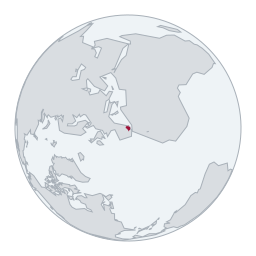 globe centered on Granada, rotated 252°
{"feature_id": "ESP-5821", "entity_name": "Granada", "entity_type": "Autonomous Community", "adm_level": 1, "iso_a3": "ESP", "parent_name": "Spain", "parent_adm1": "", "projection": "orthographic", "projection_center": [-3.141, 37.388], "detail": "fine", "context": "on_globe", "style": "filled", "palette": "rose", "viewbox_px": 256, "rotation_deg": 252, "n_neighbors": 0, "source": "natural_earth", "source_scale": "10m", "svg_char_len": 9759}
<svg xmlns="http://www.w3.org/2000/svg" viewBox="0 0 256 256"><g transform="rotate(252 128 128)"><circle cx="128" cy="128" r="113" fill="#eef3f6" stroke="#a8b0b8"/><path d="M34.7,191.1L30.4,183.4L28.1,178.8L23.9,170.1L18.4,151.6L18.5,147.9L17.9,144.1L20.0,140.8L20.3,132.5L19.8,130.0L18.8,131.2L18.0,121.3L18.9,114.0L22.8,88.2L24.6,83.7L26.8,79.3L39.0,59.4L28.6,75.1L31.3,70.3L35.5,63.8L35.7,63.7L41.8,55.7L45.8,51.2L54.6,43.0L64.0,37.4L61.2,39.6L63.8,38.2L67.5,35.6L69.2,34.3L83.1,28.3L95.8,22.9L97.9,21.2L98.9,21.8L101.7,19.1L107.4,17.4L102.1,19.3L102.4,19.6L106.8,18.4L108.2,18.5L111.1,18.0L112.2,18.4L109.1,19.8L109.7,20.1L112.8,19.2L116.0,19.2L111.3,20.4L116.3,20.6L111.9,23.6L98.5,27.6L97.2,30.5L86.3,38.3L88.4,38.2L85.6,41.5L87.0,42.7L84.6,44.1L87.8,43.9L89.7,42.5L91.7,42.0L92.7,42.7L89.8,44.5L88.9,44.4L88.6,45.3L86.7,45.9L88.2,46.0L84.6,48.2L89.6,47.1L87.9,49.8L85.1,51.0L83.6,49.4L73.2,49.2L69.9,50.4L66.8,53.4L64.8,61.9L61.9,64.1L59.3,68.0L61.7,67.4L64.6,64.1L68.5,64.1L71.5,60.4L73.6,60.0L77.5,57.0L78.8,59.1L78.0,62.9L74.9,65.6L74.4,67.4L79.0,66.4L74.7,73.2L74.5,81.1L73.1,82.9L67.7,83.1L63.6,78.9L56.6,80.3L63.1,81.2L59.6,86.1L59.9,87.7L61.2,88.7L63.3,87.7L62.5,89.9L55.8,89.4L56.4,87.5L58.5,87.5L56.6,85.7L52.0,86.0L50.6,88.7L45.2,87.0L44.1,89.0L42.3,90.0L44.4,86.8L40.6,92.6L33.9,93.3L28.6,103.6L31.7,93.1L31.5,89.6L30.8,86.7L29.8,88.3L30.2,82.9L28.3,82.4L24.2,88.6L21.5,96.0L21.5,101.0L23.0,99.1L23.8,101.9L20.0,108.3L20.9,115.6L18.9,121.6L18.8,126.8L20.0,128.9L21.1,133.5L23.0,131.8L25.6,133.1L24.5,138.6L26.8,135.5L27.6,140.0L33.4,146.2L32.7,147.0L37.4,158.7L44.3,166.9L45.9,172.1L44.9,173.8L47.7,176.3L47.8,177.9L60.6,187.2L68.4,194.2L69.1,199.3L64.2,202.4L64.0,211.6L56.4,209.9L57.2,212.8L56.1,214.3L51.2,210.3L55.5,214.2L55.3,214.1L47.8,207.1L40.9,199.4L34.7,191.1ZM26.9,106.5L28.1,117.8L25.9,114.7L26.6,114.5L26.6,110.9L26.1,106.0L24.5,103.6L26.9,106.5ZM30.8,104.1L30.5,102.6L31.1,103.7L30.8,104.1ZM69.8,33.7L67.4,35.6L63.6,38.1L65.5,36.4L69.8,33.7ZM77.2,29.7L76.4,30.5L73.6,31.5L74.9,30.7L77.2,29.7ZM99.1,20.2L96.9,21.0L98.6,20.2L99.1,20.2ZM111.2,17.9L111.5,17.7L112.9,17.6L111.2,17.9ZM76.5,56.1L76.9,56.5L76.0,56.8L76.5,56.1ZM77.7,54.4L76.2,54.4L76.6,53.7L77.5,53.7L77.7,54.4ZM116.0,18.1L118.2,18.1L115.4,18.3L116.0,18.1ZM79.4,54.6L77.4,52.3L78.1,51.0L82.1,50.0L79.4,54.6ZM119.1,18.3L124.5,18.6L125.4,18.0L125.8,20.0L121.1,18.9L117.5,19.2L119.4,18.7L119.1,18.3ZM89.9,41.8L87.9,43.3L88.6,41.4L89.9,41.8ZM89.9,40.7L89.3,36.1L92.8,34.3L92.3,36.1L96.0,33.5L98.0,34.9L96.4,36.6L93.8,37.5L96.5,37.4L89.9,40.7ZM125.1,21.1L126.0,21.5L124.5,21.4L125.1,21.1ZM92.6,41.7L92.2,40.8L95.2,39.2L96.6,40.7L95.2,40.7L92.6,41.7ZM96.1,32.3L98.5,31.4L100.8,32.3L102.1,32.1L98.4,34.8L96.1,32.3ZM95.0,41.4L97.2,41.5L96.7,42.9L93.2,42.5L95.0,41.4ZM95.4,38.2L96.9,37.6L96.5,38.4L95.4,38.2ZM96.2,48.4L95.6,47.2L97.1,46.2L96.2,48.4ZM98.1,41.4L98.2,40.9L98.8,40.4L100.1,40.8L98.1,41.4ZM100.2,35.3L100.7,35.9L101.9,34.2L103.6,34.9L100.8,36.7L102.8,36.2L103.3,36.4L100.4,37.6L100.2,35.3ZM103.0,39.8L100.1,42.5L100.8,44.8L99.5,45.7L98.5,41.8L103.0,39.8ZM101.8,38.4L102.2,39.4L100.3,39.9L98.9,39.5L101.8,38.4ZM105.8,34.8L103.9,33.3L104.5,33.0L105.8,34.8ZM103.6,40.3L104.3,39.7L103.9,40.4L103.6,40.3ZM105.6,36.4L104.8,35.8L105.6,35.5L105.6,36.4ZM106.4,38.9L105.4,39.7L104.4,39.5L106.4,38.9ZM106.3,37.7L107.6,37.3L104.6,38.9L105.8,37.5L106.3,37.7ZM106.4,36.1L106.7,35.8L106.7,36.4L106.4,36.1ZM110.9,39.7L107.3,41.7L105.0,41.0L108.8,39.1L110.9,39.7ZM196.8,38.8L196.0,38.2L200.5,41.9L197.9,39.9L202.7,44.0L203.8,44.8L200.8,42.0L205.2,46.0L210.9,51.7L216.2,57.9L221.0,64.4L225.3,71.2L229.1,78.3L232.4,85.7L235.2,93.3L234.0,90.2L235.4,94.9L234.1,91.6L231.5,88.4L232.8,95.1L235.6,111.0L238.0,120.1L238.1,126.6L233.4,118.5L229.7,111.1L229.0,114.1L223.3,111.2L216.3,119.4L214.5,117.9L213.4,120.7L209.2,121.1L206.1,118.4L204.0,120.5L212.2,127.5L214.4,125.3L214.9,119.3L216.9,122.4L220.8,122.8L219.7,135.7L207.9,154.3L205.3,147.8L188.9,133.6L188.6,131.0L188.4,130.8L188.2,130.4L188.1,134.8L184.8,131.7L195.1,143.0L197.5,148.6L207.7,154.8L207.1,156.4L210.0,157.0L217.4,148.4L217.8,150.8L215.2,164.5L203.6,185.7L204.3,193.4L202.1,200.7L193.1,209.1L192.1,213.4L187.2,216.9L185.7,219.4L180.8,223.3L173.2,227.6L162.2,230.9L162.9,229.2L159.6,226.6L155.5,217.0L159.8,210.7L159.4,206.2L151.3,196.6L153.2,189.8L150.7,187.3L145.6,188.7L142.6,185.6L139.4,185.9L118.5,189.2L111.3,184.5L100.8,169.3L103.9,163.5L103.0,156.3L123.6,131.1L129.6,132.4L147.6,126.8L150.2,127.3L149.8,133.5L164.8,137.6L167.5,131.7L179.3,131.8L186.0,128.8L185.2,117.0L174.2,121.7L170.6,117.2L178.0,108.9L187.3,105.0L186.2,103.2L178.8,101.4L179.4,96.6L176.0,100.5L178.5,101.8L176.5,104.5L174.1,103.5L174.4,101.7L171.2,102.0L170.5,110.7L172.9,113.0L165.4,117.2L168.7,121.5L167.2,124.5L161.0,118.4L160.4,115.5L150.0,109.7L149.9,113.0L159.7,118.9L157.3,118.9L157.3,123.8L155.4,120.1L144.8,113.2L136.9,116.5L129.6,129.4L124.4,130.8L119.0,128.7L119.0,116.6L130.5,115.0L130.7,111.1L126.1,105.9L130.0,106.0L129.5,103.8L133.6,103.0L137.2,97.1L141.1,95.9L140.4,89.2L142.3,87.8L142.1,92.1L144.1,94.6L153.4,91.9L154.6,90.1L153.4,86.1L156.1,86.0L153.7,82.5L158.0,79.4L150.8,80.4L149.2,76.2L150.6,72.1L148.8,71.0L146.5,77.7L146.7,80.2L149.0,82.1L148.5,89.8L145.7,91.7L141.4,84.7L137.0,86.8L135.5,80.8L142.8,65.8L146.9,62.1L158.1,64.1L158.4,67.1L154.5,67.7L160.0,70.7L158.6,68.7L160.9,68.8L159.9,65.2L161.5,65.1L157.9,61.9L159.7,61.4L161.9,63.4L162.0,58.0L165.2,56.3L164.4,55.2L162.8,54.4L167.9,53.0L167.1,52.2L165.2,52.4L162.4,51.0L159.4,48.2L161.4,47.9L162.7,48.8L168.4,50.5L171.6,53.4L172.1,53.0L169.7,50.5L162.8,48.3L160.5,46.8L163.8,47.3L162.4,47.0L161.9,46.1L163.1,45.0L159.5,44.3L150.9,36.2L152.5,33.6L156.4,34.7L152.4,29.7L154.5,27.7L152.7,27.8L149.5,25.8L148.8,26.3L147.7,26.2L139.3,22.1L138.9,21.1L133.2,20.0L132.2,20.1L132.3,20.7L125.8,20.0L125.4,18.0L127.5,17.8L125.8,17.0L131.0,16.8L134.4,16.5L141.0,17.2L143.2,17.1L142.3,16.8L144.5,16.7L152.3,18.0L150.1,18.1L139.1,17.8L144.0,17.9L144.1,18.3L146.5,18.7L149.8,18.9L149.5,18.6L161.0,22.3L171.3,25.5L167.6,23.4L168.0,23.1L176.6,26.4L185.6,31.2L196.8,38.8ZM118.5,144.5L118.4,146.7L118.4,146.8L118.5,144.5ZM198.7,106.5L203.3,103.5L198.7,98.3L200.1,96.8L198.0,95.7L198.3,98.0L192.8,94.6L193.9,91.2L192.0,88.7L190.4,89.7L189.3,96.6L197.1,101.2L197.2,104.7L198.7,106.5ZM33.6,146.4L34.2,148.2L33.1,147.2L33.6,146.4ZM24.8,116.4L25.4,117.9L25.5,119.5L24.8,118.7L24.8,116.4ZM32.0,128.0L33.1,130.1L31.7,128.9L32.0,128.0ZM28.5,119.5L31.1,126.6L28.3,125.1L26.7,120.6L28.2,122.4L28.5,119.5ZM28.9,106.6L29.2,107.9L28.6,108.6L28.9,106.6ZM31.2,104.9L31.0,104.7L31.3,103.4L31.2,104.9ZM60.1,86.1L60.6,86.2L61.6,87.5L60.4,87.6L60.1,86.1ZM70.3,89.7L68.8,93.1L69.1,90.6L67.1,91.3L65.2,87.1L72.4,83.5L69.5,85.8L70.3,89.7ZM64.6,80.8L65.0,83.6L64.3,80.7L64.6,80.8ZM123.0,93.6L125.1,94.7L124.6,97.3L119.7,99.6L120.4,95.8L123.0,93.6ZM128.2,95.8L125.2,88.6L128.1,87.2L127.0,89.2L129.2,88.9L128.0,92.1L133.7,98.0L133.6,100.8L124.7,103.1L127.7,100.7L125.4,99.6L128.2,95.8ZM112.4,75.3L111.2,72.8L119.1,72.7L119.4,75.1L114.6,77.3L111.4,75.9L112.4,75.3ZM86.9,53.4L85.9,53.0L86.7,52.4L88.2,52.4L86.9,53.4ZM95.8,47.9L92.1,55.1L90.8,54.8L90.2,59.7L86.5,61.0L86.9,57.8L83.7,62.6L82.6,60.2L80.8,63.6L82.3,56.3L81.2,54.6L83.8,55.9L87.3,54.7L88.4,53.6L90.9,49.5L90.3,45.5L93.7,43.8L96.2,43.8L96.8,44.5L94.5,45.3L97.0,45.7L94.1,47.4L95.8,47.9ZM123.7,47.5L120.6,47.5L125.3,49.8L122.4,51.0L123.1,51.2L121.7,53.0L121.3,55.7L119.7,55.9L120.2,56.9L119.3,58.2L119.5,59.6L116.7,60.7L116.7,62.6L115.4,62.0L116.1,65.0L114.3,63.3L113.0,65.0L115.4,65.8L100.1,69.4L95.0,72.6L91.7,76.4L89.1,73.3L90.5,68.0L94.1,62.3L99.4,59.7L97.3,58.9L99.2,57.5L100.0,58.8L99.8,56.1L101.6,55.3L104.8,51.0L103.3,48.0L104.5,46.5L105.9,47.3L106.1,45.3L109.6,45.8L110.5,44.8L114.9,44.5L117.2,46.9L118.0,45.6L121.4,45.5L123.7,47.5ZM112.1,39.7L115.6,41.9L115.7,43.8L108.0,43.6L106.7,44.4L101.7,44.7L101.7,42.0L103.1,42.2L104.5,41.7L103.9,42.7L105.4,41.6L107.4,41.8L109.0,41.0L109.7,42.0L112.1,39.7ZM152.0,124.5L153.8,124.4L156.3,123.5L156.3,126.8L152.0,124.5ZM144.7,120.0L146.1,119.3L147.4,123.2L145.5,123.4L144.7,120.0ZM145.9,115.8L146.1,119.0L144.9,117.4L145.9,115.8ZM143.4,91.3L144.8,90.5L145.4,91.3L145.1,92.9L143.4,91.3ZM136.9,55.5L135.2,55.0L135.3,54.4L132.8,51.9L134.7,50.9L137.0,52.1L136.9,55.5ZM184.0,119.8L182.7,122.7L181.4,122.1L182.1,121.2L184.0,119.8ZM169.3,125.3L173.2,125.5L169.3,126.2L169.3,125.3ZM138.6,54.0L137.3,53.1L139.1,53.2L138.6,54.0ZM136.0,50.1L137.9,50.0L134.6,50.6L136.0,50.1ZM215.5,190.7L206.5,205.4L202.9,207.9L203.6,205.3L207.9,197.3L212.5,192.3L215.2,187.5L215.5,190.7ZM238.2,120.6L239.5,124.1L239.3,126.4L238.2,120.6ZM153.4,46.3L154.8,50.6L157.1,53.5L160.4,54.6L156.3,55.1L152.8,50.6L153.4,46.3ZM151.0,37.4L148.1,36.7L148.9,36.0L149.7,36.0L151.0,37.4ZM149.6,37.7L146.8,38.9L144.9,37.9L147.4,37.1L149.6,37.7ZM142.9,46.1L143.1,47.4L141.7,47.2L142.9,46.1ZM172.0,24.3L166.8,22.8L164.9,22.3L167.4,22.5L168.7,23.0L170.6,23.7L170.7,23.8L172.0,24.3ZM126.8,21.2L126.0,21.5L126.0,21.0L126.8,21.2ZM147.4,26.6L145.9,26.4L145.8,25.8L147.4,26.6ZM141.6,25.6L142.7,26.4L140.8,25.7L141.6,25.6ZM145.3,28.3L142.8,26.8L146.4,28.1L145.3,28.3Z" fill="#d9dde1" stroke="#a8b0b8" stroke-width="1"/><path d="M128.0,129.3L127.9,129.2L127.7,129.3L127.4,129.3L127.2,129.3L127.0,129.2L126.9,129.0L126.4,128.9L126.2,128.7L126.2,128.4L126.3,128.3L126.2,128.2L126.3,128.2L126.5,128.0L126.9,128.0L127.0,127.8L127.2,127.7L127.4,127.6L127.5,127.6L127.8,127.6L128.1,127.6L128.3,127.5L128.4,127.3L128.4,127.2L128.6,127.0L128.7,126.8L128.8,126.8L128.8,126.7L129.0,126.7L129.3,126.8L129.4,127.0L129.3,127.3L129.3,127.5L129.2,127.6L129.0,127.8L128.8,128.0L128.7,128.2L128.8,128.3L128.7,128.3L128.5,128.2L128.4,128.2L128.4,128.4L128.3,128.5L128.2,128.6L128.2,128.8L128.1,129.0L128.0,129.3Z" fill="#f43f5e" stroke="#9f1239" stroke-width="1.5"/></g></svg>